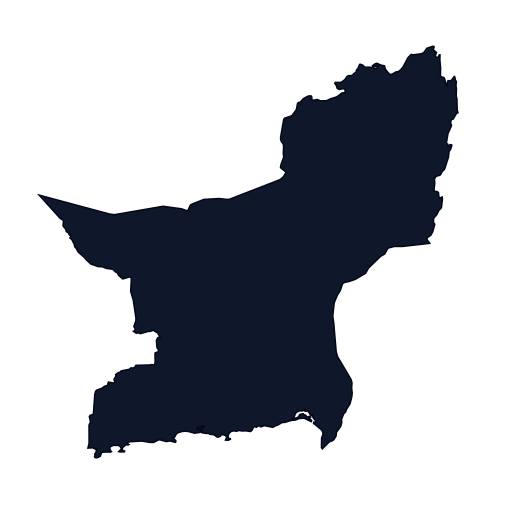 the border of Baluchistan, rotated 356°
{"feature_id": "PAK-1108", "entity_name": "Baluchistan", "entity_type": "Province", "adm_level": 1, "iso_a3": "PAK", "parent_name": "Pakistan", "parent_adm1": "", "projection": "natural_earth1", "projection_center": [66.028, 28.477], "detail": "fine", "context": "isolated", "style": "filled", "palette": "ink", "viewbox_px": 512, "rotation_deg": 356, "n_neighbors": 0, "source": "natural_earth", "source_scale": "10m", "svg_char_len": 6028}
<svg xmlns="http://www.w3.org/2000/svg" viewBox="0 0 512 512"><g transform="rotate(356 256 256)"><path d="M410.4,82.2L413.2,80.4L415.9,77.6L421.3,68.9L424.8,65.7L426.9,66.3L435.3,65.7L437.6,64.7L440.9,60.7L446.8,59.1L448.1,59.3L448.2,60.3L447.4,62.1L447.5,62.9L450.2,65.5L449.0,68.4L449.2,69.5L450.0,70.5L450.9,70.7L451.8,70.0L452.9,68.1L453.6,68.2L453.1,73.6L453.3,81.1L452.6,89.1L453.2,90.1L455.9,91.1L456.6,92.4L457.6,99.3L458.4,99.7L458.5,97.4L459.8,94.5L460.9,95.0L461.7,94.5L463.1,94.5L466.3,90.7L466.9,91.3L467.1,94.0L468.1,96.2L467.4,99.7L467.6,103.4L466.9,110.3L467.4,113.4L466.9,124.3L467.5,127.2L465.9,127.8L462.2,133.2L460.5,133.6L459.8,134.8L459.5,137.5L460.1,138.9L460.1,139.7L456.0,147.4L453.9,156.4L454.1,157.1L455.1,157.8L455.4,160.1L457.4,158.4L458.9,158.7L459.0,159.7L457.6,163.1L455.9,165.2L454.9,170.8L450.5,181.8L449.6,183.2L447.7,184.7L446.0,187.4L445.1,188.3L442.3,188.8L440.7,189.6L439.4,191.7L439.4,195.9L438.1,203.3L438.6,203.9L440.8,204.2L442.2,205.1L442.5,205.7L442.5,209.5L443.8,211.3L445.2,210.2L445.8,210.1L446.0,211.9L444.5,220.1L444.0,221.2L441.5,223.4L439.3,227.3L436.3,230.3L435.8,231.3L435.3,234.7L436.6,236.8L434.0,244.1L431.8,247.6L428.4,249.5L427.7,250.5L427.8,251.5L430.2,255.5L402.6,256.7L394.8,256.1L388.6,257.3L387.3,258.6L384.7,262.9L380.2,265.1L367.4,275.9L364.1,280.9L353.2,286.3L347.3,287.9L342.2,288.6L340.4,289.7L337.7,296.3L334.5,300.7L331.5,306.5L330.6,309.0L328.4,321.3L328.9,328.6L329.3,356.2L329.6,358.8L330.5,362.4L342.3,385.9L342.9,389.4L342.2,394.3L342.4,399.6L341.7,403.3L339.5,410.0L335.7,415.1L334.5,417.9L332.5,419.5L329.9,424.8L330.0,427.8L328.7,431.8L323.9,437.6L323.4,441.0L320.9,444.6L319.1,445.7L316.2,446.5L308.9,452.9L308.9,452.5L307.9,451.9L308.7,442.3L310.5,438.2L310.4,437.0L309.5,434.3L301.7,426.9L302.0,425.8L303.2,426.1L303.7,425.0L303.5,423.6L301.9,421.9L301.0,418.5L300.1,419.1L299.8,418.3L299.2,418.5L298.5,416.8L296.7,414.1L294.4,414.4L293.7,413.8L293.9,412.6L292.2,413.6L290.6,413.8L288.5,413.4L287.7,414.0L286.0,414.4L284.3,415.9L283.0,418.8L281.7,419.8L281.0,420.9L286.4,420.0L287.7,418.5L288.5,418.1L288.5,417.1L292.1,416.6L292.8,417.6L294.5,418.3L296.0,420.6L297.6,419.7L298.4,419.9L299.2,420.6L297.6,422.1L299.5,423.3L300.1,424.2L299.5,425.1L293.1,421.4L291.0,420.9L289.4,421.3L288.2,421.0L284.0,422.4L279.9,422.5L273.2,424.0L270.2,424.0L266.0,426.2L264.1,426.6L260.8,428.1L252.4,425.8L249.3,426.8L248.5,426.6L249.1,425.4L246.4,425.8L244.3,426.9L242.9,426.1L241.6,426.6L239.6,429.9L238.1,430.7L233.7,429.7L230.1,429.6L227.4,429.0L225.9,428.9L224.6,429.6L222.2,428.9L219.3,429.2L217.1,430.6L215.8,433.0L215.5,434.4L215.8,435.6L217.7,436.5L217.7,437.1L215.2,437.9L212.7,437.5L213.9,435.3L213.9,434.4L213.2,433.1L211.1,432.1L209.0,431.8L207.7,433.5L205.3,434.1L204.3,433.7L201.7,431.4L197.4,430.6L196.4,429.6L193.7,429.5L189.6,428.5L190.2,425.8L189.1,424.8L189.1,423.5L190.1,423.2L191.7,423.4L192.2,423.2L192.4,422.4L191.1,422.1L187.9,422.7L187.4,422.2L184.2,424.3L185.1,423.9L185.8,425.2L186.9,424.1L187.5,424.1L188.9,426.9L188.0,428.0L184.7,428.4L183.9,428.1L182.7,428.6L176.4,426.4L173.3,425.8L170.2,425.9L165.7,426.9L164.1,428.1L162.2,431.0L161.7,431.4L161.0,431.1L161.5,432.7L163.2,434.8L162.9,436.0L162.4,436.3L158.3,434.8L156.7,434.5L153.6,434.9L147.7,432.8L146.1,432.6L140.8,434.9L136.9,434.5L129.0,432.6L117.9,432.5L115.6,432.7L115.0,433.9L115.2,434.7L116.1,435.2L115.2,435.6L114.1,435.2L112.7,435.6L110.5,437.1L109.4,438.4L109.2,440.1L109.8,440.8L111.4,441.4L111.1,442.2L107.0,442.0L105.4,441.6L107.0,440.1L108.1,439.8L108.3,439.2L107.4,436.8L105.4,435.3L100.4,435.0L97.4,436.1L96.4,438.1L97.1,438.7L97.3,440.0L98.2,441.1L97.2,441.4L90.5,441.0L88.3,441.3L86.7,444.9L84.1,446.0L82.5,446.2L81.3,445.8L80.9,444.9L81.6,443.1L81.3,442.4L82.7,440.6L83.1,439.0L83.9,437.5L83.8,436.6L83.1,436.7L82.3,437.5L79.8,436.0L74.9,435.9L76.4,431.3L77.6,413.3L78.1,412.0L79.1,410.8L79.2,408.9L78.5,404.7L79.5,403.3L82.1,402.9L82.8,401.9L85.5,382.9L86.6,379.7L87.7,378.7L93.2,377.1L95.7,375.4L98.6,374.8L100.0,371.5L105.4,372.8L106.4,372.2L105.7,369.2L107.9,366.0L107.7,364.5L110.6,362.6L112.5,362.4L113.5,361.2L121.5,360.2L123.6,358.8L125.0,359.2L126.4,358.9L127.5,358.3L128.3,356.8L128.8,356.7L143.1,357.3L144.5,357.0L146.4,357.7L147.5,356.6L148.0,354.4L148.4,346.5L148.7,345.6L151.3,344.8L152.0,344.2L152.2,343.2L150.8,340.4L150.7,333.5L152.1,330.8L153.0,330.4L154.7,330.7L152.6,326.0L148.3,322.9L145.3,323.8L142.8,323.8L135.3,325.4L132.5,324.3L131.2,324.8L128.5,322.5L129.7,322.1L130.2,320.7L130.1,319.2L129.2,318.0L131.6,312.2L131.9,309.9L130.5,291.5L128.5,282.5L130.0,270.6L129.8,268.7L128.8,268.0L121.4,269.6L117.6,265.7L116.4,263.0L114.4,261.9L113.0,259.9L111.8,259.2L105.8,257.9L102.1,256.1L97.6,255.5L90.5,252.4L86.3,247.8L84.4,245.2L79.8,240.6L78.5,238.9L77.2,235.9L75.9,234.3L75.4,231.5L73.5,226.9L71.6,225.0L72.5,223.8L72.5,222.8L71.3,222.1L70.3,219.6L68.5,218.5L68.0,215.9L66.0,213.3L65.6,212.2L66.3,208.1L65.9,206.7L63.3,204.9L43.9,180.1L112.8,203.9L117.5,204.9L166.8,199.9L185.0,203.7L190.2,206.0L191.4,205.5L194.1,200.6L195.7,199.8L207.9,195.9L223.4,196.1L230.9,197.5L233.2,197.6L285.5,181.4L289.1,178.6L291.3,175.3L292.1,174.7L286.9,169.9L286.6,169.1L287.4,166.2L290.3,159.9L290.5,158.9L290.4,155.5L291.2,148.3L290.9,146.0L289.4,143.9L288.7,141.7L288.8,139.3L293.2,121.6L294.4,120.4L301.5,118.6L306.5,112.8L308.1,106.6L309.2,105.8L310.9,105.6L314.4,102.2L319.1,100.1L321.8,100.0L322.4,100.4L322.7,101.2L322.8,102.4L322.3,103.5L322.7,104.2L325.2,104.6L327.8,104.1L331.3,105.7L337.2,106.0L341.2,104.4L347.9,102.8L352.8,99.5L356.0,99.0L356.5,98.0L356.3,95.7L354.6,95.2L350.9,95.7L349.1,94.8L348.5,94.0L348.2,91.9L346.6,89.3L347.2,88.3L352.9,88.8L356.7,86.4L359.5,83.1L360.7,82.5L362.7,82.7L365.0,82.3L366.2,80.9L368.6,79.6L369.2,77.5L370.7,76.1L372.7,72.1L373.6,72.0L375.8,73.0L377.9,75.3L382.5,75.5L388.8,77.6L391.2,76.0L390.7,75.5L386.2,75.3L385.4,74.9L385.3,74.4L388.1,72.6L390.1,72.2L394.3,74.4L397.4,75.2L398.2,78.9L401.4,83.4L402.6,84.3L404.4,84.1L408.8,82.0L410.4,82.2Z" fill="#0f172a" stroke="#020617" stroke-width="1.5"/></g></svg>